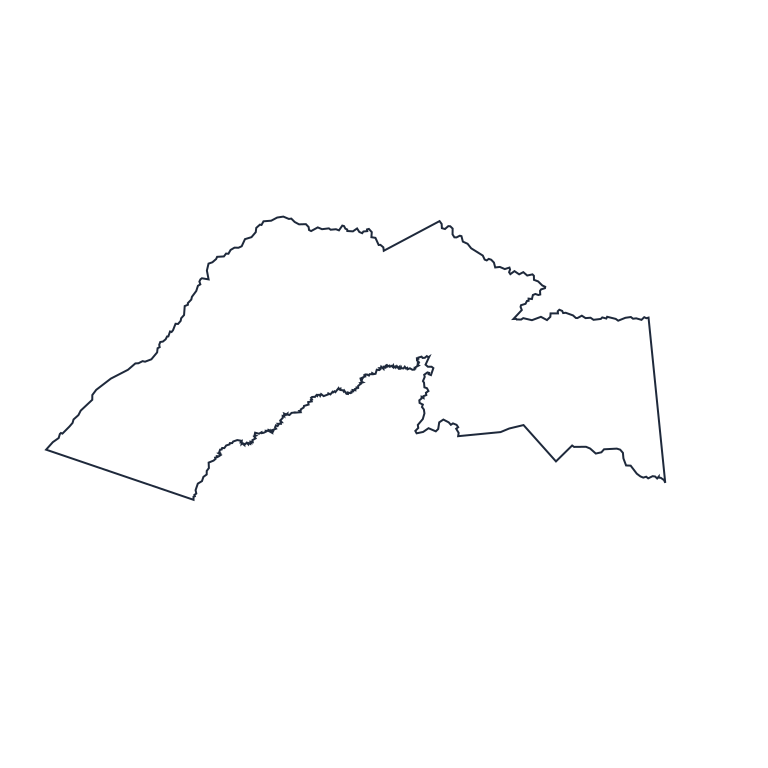 the district of Kalabo, Western, Zambia, rotated 289°
{"feature_id": "96606910B70334566672203", "entity_name": "Kalabo", "entity_type": "district", "adm_level": 2, "iso_a3": "ZMB", "parent_name": "Zambia", "parent_adm1": "Western", "projection": "albers", "projection_center": [22.442, -14.856], "detail": "fine", "context": "isolated", "style": "outline", "palette": "slate", "viewbox_px": 768, "rotation_deg": 289, "n_neighbors": 0, "source": "geoboundaries", "source_scale": "gbopen_adm2", "svg_char_len": 6160}
<svg xmlns="http://www.w3.org/2000/svg" viewBox="0 0 768 768"><g transform="rotate(289 384 384)"><path d="M556.1,383.5L509.9,340.4L513.0,338.9L514.4,335.3L513.7,333.7L519.4,328.3L518.7,324.3L523.6,323.0L525.7,319.2L524.6,317.6L523.1,318.4L521.5,314.9L519.5,314.3L519.7,311.2L522.3,307.9L518.2,304.9L516.7,299.5L518.1,298.9L518.3,296.9L520.3,294.8L520.2,293.0L514.6,291.4L514.7,288.2L512.5,283.3L513.2,281.2L510.2,275.0L510.5,270.4L504.9,265.3L505.2,263.0L507.9,261.6L509.7,258.1L507.3,251.7L508.1,246.8L510.2,242.5L509.1,240.3L509.5,234.3L506.6,228.8L501.7,224.2L498.6,217.1L494.5,216.4L494.3,214.8L490.0,212.4L485.8,213.3L479.7,210.9L475.7,205.4L467.9,204.6L465.5,202.1L464.2,198.2L460.8,195.3L456.5,194.5L455.9,192.2L452.5,191.1L449.9,184.8L447.5,184.6L443.2,182.1L440.7,178.9L433.6,179.6L425.8,184.1L424.7,177.4L423.2,176.4L420.8,176.1L418.4,177.9L416.3,176.1L410.8,176.2L403.9,174.0L401.1,174.3L396.6,172.2L395.1,172.8L392.8,170.2L384.1,172.5L380.1,170.8L377.5,171.2L373.7,169.7L373.1,167.3L366.1,167.0L364.0,166.2L364.0,164.6L358.8,164.6L358.3,163.4L355.2,163.0L352.1,161.1L350.9,158.8L347.9,158.7L345.8,159.9L344.1,158.3L340.0,159.2L331.6,156.0L327.3,150.8L327.0,148.3L323.7,145.1L322.5,142.2L314.1,137.3L300.2,124.0L284.8,113.8L278.6,111.8L274.1,113.3L260.1,105.9L255.1,105.2L249.4,102.0L245.8,102.2L241.3,100.4L232.4,96.1L232.5,94.5L231.2,93.8L227.0,94.0L221.2,89.8L211.9,85.9L212.5,241.6L215.4,240.6L216.3,241.7L217.4,240.8L219.3,242.2L222.3,240.4L229.2,240.4L232.9,243.5L237.4,243.5L240.7,245.8L244.1,244.7L247.5,245.8L252.6,243.8L256.1,247.8L258.3,249.1L259.4,248.3L260.6,250.2L261.4,249.6L261.9,251.4L263.8,252.8L264.6,250.1L265.4,251.3L265.8,250.4L268.6,250.4L269.2,251.8L270.8,251.8L271.4,253.9L274.5,254.8L276.6,257.6L277.9,257.5L278.7,259.7L280.5,260.1L283.2,263.5L283.8,267.1L282.7,267.3L283.7,268.1L280.9,268.8L281.7,269.2L280.9,271.5L281.9,270.9L281.8,272.3L283.8,273.3L282.8,275.3L284.0,275.1L283.8,277.1L285.6,276.5L285.3,277.7L286.1,277.3L286.3,278.8L288.1,277.9L290.8,280.3L292.2,278.2L293.5,279.7L293.6,278.3L296.0,278.0L296.3,282.0L298.6,284.0L297.8,284.5L298.7,286.1L300.6,288.0L301.3,287.5L301.9,289.7L303.0,289.6L302.9,292.1L301.8,291.7L301.4,294.1L302.8,293.3L302.3,294.4L303.5,294.6L303.8,293.1L306.6,296.5L307.6,295.1L309.8,295.3L309.6,297.1L311.6,297.6L311.9,296.9L312.8,299.5L314.2,298.7L314.6,299.8L315.8,297.8L318.9,299.3L320.8,298.6L320.8,300.0L322.0,299.1L321.5,300.0L322.4,299.6L322.6,300.5L323.5,299.6L323.4,301.5L324.6,302.3L323.6,302.5L323.9,304.7L326.6,306.0L327.9,308.7L328.8,308.4L327.9,309.1L330.1,314.2L331.0,312.9L331.4,314.0L332.9,313.6L335.6,315.7L337.2,315.5L340.0,319.4L342.2,318.2L344.0,321.3L345.2,320.1L345.9,321.0L347.2,319.5L348.3,320.2L349.3,322.5L348.5,322.6L351.6,323.8L351.1,324.8L352.1,324.8L352.8,326.6L352.0,327.5L354.0,327.8L352.9,330.9L355.9,334.5L357.0,334.4L356.7,336.7L359.9,337.9L359.5,338.6L361.0,339.6L360.5,340.7L365.1,342.3L364.4,342.8L365.5,344.3L364.1,344.7L364.7,347.3L363.9,348.3L364.9,348.5L362.5,351.7L362.8,353.1L364.2,352.5L364.4,355.2L365.2,356.1L366.2,355.6L366.9,357.1L368.1,356.3L368.7,358.9L369.8,358.2L370.8,359.5L371.8,359.2L372.0,360.8L373.9,360.2L376.7,362.1L377.2,361.2L378.7,363.5L378.9,361.9L381.2,361.8L380.4,360.8L381.0,360.4L381.0,361.4L382.4,361.9L382.6,361.1L384.5,363.1L386.0,362.5L386.5,363.5L385.9,363.2L385.7,363.7L387.0,363.4L387.4,364.8L387.1,367.0L388.6,367.2L389.3,369.3L390.5,369.2L390.2,370.4L391.0,370.5L389.9,370.9L390.9,372.7L395.2,372.5L395.6,375.0L396.7,375.7L397.5,374.5L398.0,375.8L399.5,375.7L398.1,378.7L400.0,378.2L399.9,381.0L400.7,379.3L401.3,381.0L402.2,379.9L402.9,380.5L402.1,381.9L403.2,383.2L402.3,384.0L403.7,385.4L403.1,386.4L404.6,386.7L402.8,388.0L404.2,388.9L403.4,389.8L405.1,390.3L403.9,392.0L405.3,392.9L403.3,393.4L403.8,394.6L405.3,394.8L404.6,395.4L405.1,397.4L407.1,398.0L405.8,399.8L406.8,400.7L405.6,401.5L407.3,403.4L406.7,406.1L407.5,408.0L409.1,407.7L409.0,408.6L410.3,408.5L412.8,410.8L413.0,409.5L415.3,410.0L415.2,409.1L416.4,409.3L416.9,407.6L418.9,406.8L419.0,408.2L420.1,407.8L422.1,410.6L421.2,412.0L422.1,414.1L424.3,415.4L423.7,417.2L424.6,417.9L415.8,417.0L414.6,419.9L415.8,423.4L415.1,425.5L407.7,425.5L407.8,423.0L409.2,423.0L409.1,421.3L405.8,419.0L404.0,420.2L399.4,419.9L398.3,421.4L394.0,423.3L394.0,426.0L391.8,428.3L389.4,426.5L387.3,427.6L385.4,425.3L383.6,426.0L384.1,423.7L382.5,424.2L380.1,422.7L377.7,423.8L377.2,427.4L374.6,427.4L372.9,430.0L369.4,431.8L363.5,432.1L356.3,429.3L353.6,430.7L349.8,428.9L348.0,430.9L351.4,436.6L356.7,440.5L356.1,448.4L359.1,449.9L365.7,448.7L369.7,451.7L368.8,457.7L367.2,460.5L369.2,462.0L369.0,465.9L367.3,468.2L365.2,466.8L362.1,470.5L358.8,471.1L376.5,509.9L382.7,516.9L390.6,529.3L366.8,571.8L387.1,581.9L386.4,584.2L390.4,595.4L390.1,599.9L387.2,606.9L390.2,611.8L393.9,613.3L398.7,625.2L398.8,628.7L396.7,632.3L391.6,634.6L385.8,639.4L387.1,643.8L381.5,652.2L380.1,656.5L379.9,659.6L381.7,662.1L380.8,664.5L384.3,668.0L384.8,670.5L383.6,673.0L385.9,673.9L384.9,674.2L385.4,676.2L384.3,680.1L382.1,682.1L532.9,612.5L531.6,610.6L531.9,608.3L528.5,606.6L528.2,601.1L526.8,598.2L527.7,595.6L525.2,590.7L520.1,584.8L521.0,581.9L520.2,573.1L518.3,572.9L518.0,568.7L516.1,567.8L512.9,561.2L513.9,557.7L511.9,553.1L513.0,548.8L509.3,545.4L508.9,543.9L510.4,540.4L510.5,532.6L509.4,530.3L511.1,528.7L511.3,525.6L509.3,524.6L507.4,525.5L505.0,518.5L501.7,519.4L497.5,517.3L498.6,510.5L492.5,503.1L491.6,494.2L489.6,492.7L488.3,488.7L487.9,489.4L488.6,487.8L487.6,485.2L498.8,490.2L501.4,488.0L503.1,487.9L505.9,491.7L509.0,492.1L509.7,493.6L511.8,492.9L512.5,496.2L516.6,495.8L518.4,497.8L518.4,501.0L519.5,502.6L522.8,501.2L524.6,501.7L527.0,505.0L528.4,504.8L528.7,501.6L531.2,496.3L531.3,491.9L535.1,490.5L536.0,488.7L533.2,484.1L535.1,479.3L531.7,476.1L533.2,470.6L529.0,467.7L530.4,465.9L533.3,465.9L534.9,464.7L532.0,460.8L532.4,455.4L530.4,451.2L534.6,448.4L536.4,444.9L536.4,442.3L534.3,440.9L534.4,438.7L537.6,435.6L540.7,422.2L543.8,417.4L544.3,412.2L549.0,409.1L548.9,407.4L546.2,404.8L545.6,402.8L547.8,400.1L553.3,398.3L554.7,395.3L554.2,393.4L550.4,391.2L550.2,388.0L554.1,386.4L556.1,383.5Z" fill="none" stroke="#1e293b" stroke-width="2"/></g></svg>